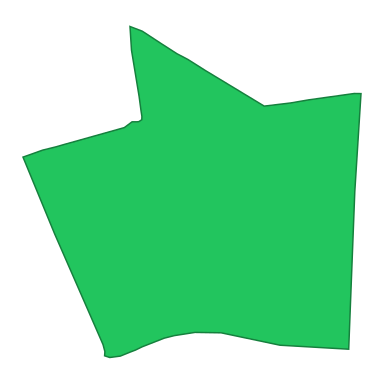 the district of Tamahú, Alta Verapaz, Guatemala
{"feature_id": "79465075B44639416757608", "entity_name": "Tamahú", "entity_type": "district", "adm_level": 2, "iso_a3": "GTM", "parent_name": "Guatemala", "parent_adm1": "Alta Verapaz", "projection": "mercator", "projection_center": [-90.254, 15.309], "detail": "fine", "context": "isolated", "style": "filled", "palette": "green", "viewbox_px": 384, "rotation_deg": 0, "n_neighbors": 0, "source": "geoboundaries", "source_scale": "gbopen_adm2", "svg_char_len": 631}
<svg xmlns="http://www.w3.org/2000/svg" viewBox="0 0 384 384"><path d="M132.1,121.8L124.3,127.6L64.4,144.4L56.1,146.8L42.7,150.1L23.0,157.1L54.7,234.0L88.6,311.5L103.0,344.5L104.9,351.6L104.6,355.8L109.8,357.5L120.3,356.1L129.9,352.2L135.4,350.1L142.2,346.8L164.1,338.2L174.4,335.6L195.0,332.4L221.1,332.8L279.9,345.2L348.7,349.2L354.8,191.6L361.0,93.6L354.2,93.5L309.0,99.8L290.3,103.0L264.2,106.1L205.5,70.6L187.8,59.4L176.9,53.7L160.6,43.2L142.3,31.2L130.0,26.5L131.5,50.2L139.1,96.4L141.0,110.6L141.9,116.4L141.8,119.7L138.9,121.6L137.1,121.8L135.3,121.8L132.1,121.8Z" fill="#22c55e" stroke="#15803d" stroke-width="1.5"/></svg>